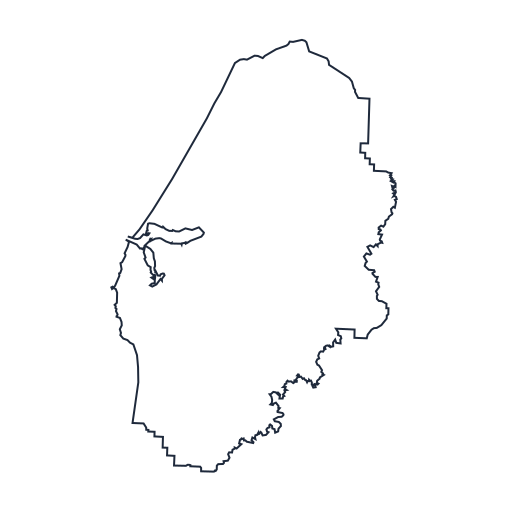 outline of Ballina, New South Wales, Australia, rotated 173°
{"feature_id": "25037944B45717157651515", "entity_name": "Ballina", "entity_type": "district", "adm_level": 2, "iso_a3": "AUS", "parent_name": "Australia", "parent_adm1": "New South Wales", "projection": "robinson", "projection_center": [153.529, -28.853], "detail": "fine", "context": "isolated", "style": "outline", "palette": "slate", "viewbox_px": 512, "rotation_deg": 173, "n_neighbors": 0, "source": "geoboundaries", "source_scale": "gbopen_adm2", "svg_char_len": 6079}
<svg xmlns="http://www.w3.org/2000/svg" viewBox="0 0 512 512"><g transform="rotate(173 256 256)"><path d="M212.8,118.5L213.2,121.7L210.6,120.9L209.6,121.7L211.1,122.7L210.5,124.7L207.8,126.5L207.4,127.7L203.2,129.7L204.4,130.5L203.8,131.3L205.3,133.0L204.4,134.6L206.8,139.6L208.3,140.6L209.2,143.6L207.8,145.9L205.8,146.6L206.4,149.4L204.7,152.5L203.3,153.4L201.0,152.9L199.6,154.9L198.4,155.1L198.5,156.1L199.7,156.2L199.5,157.1L197.3,158.4L195.8,158.5L193.8,156.9L193.7,157.9L192.3,156.7L190.4,156.9L190.0,160.8L187.6,163.4L186.9,160.0L182.7,158.9L182.5,162.8L181.4,163.8L181.6,166.0L184.2,167.6L183.6,170.2L185.5,174.1L167.1,171.0L168.3,162.8L156.1,160.8L154.7,164.4L150.3,168.8L147.8,170.0L144.9,169.9L140.0,172.1L133.9,178.0L133.4,181.1L131.8,181.9L130.9,188.0L133.0,188.3L132.3,192.7L136.6,195.8L139.5,196.4L141.2,198.7L140.9,201.6L140.0,202.7L141.2,206.4L137.5,210.3L138.1,213.1L137.6,214.6L140.0,215.9L137.8,220.4L140.0,220.7L142.5,224.1L142.5,224.9L140.1,225.9L140.5,227.5L145.8,228.6L149.3,232.9L148.1,235.7L146.6,236.9L149.0,242.3L146.1,245.1L142.7,243.4L141.2,244.2L144.3,251.5L141.4,252.6L138.2,250.5L135.6,252.9L134.1,251.0L133.9,252.8L130.3,254.1L129.1,253.7L129.4,255.2L131.0,256.2L131.1,257.4L128.3,261.9L131.9,262.8L131.3,264.6L128.9,266.2L129.3,267.2L130.9,267.7L130.8,269.3L128.1,270.9L126.0,269.6L123.9,271.8L123.3,275.2L120.2,276.8L119.3,278.9L115.8,280.9L115.4,281.8L116.1,282.8L116.3,286.1L113.7,288.1L112.3,287.0L110.4,292.7L111.3,294.8L109.4,295.3L109.8,297.6L111.4,298.8L112.3,298.5L111.0,300.1L112.2,301.4L110.9,301.8L110.3,301.0L109.4,302.3L109.6,304.1L111.5,304.0L112.5,305.5L110.5,307.1L112.3,307.3L112.5,308.9L111.1,308.1L110.1,308.8L109.1,307.8L108.6,311.1L109.9,312.4L109.5,313.4L110.5,313.5L110.9,312.4L113.1,314.0L110.9,315.5L112.5,316.3L111.8,317.2L113.2,317.9L112.0,319.4L113.1,319.8L111.4,321.7L114.6,322.7L116.5,324.1L128.6,326.2L127.6,332.5L132.0,333.2L131.1,338.9L135.8,339.7L135.0,345.1L139.9,346.0L138.4,355.1L131.0,354.1L124.2,398.3L135.3,400.4L137.7,406.8L137.4,408.8L138.5,410.6L139.5,417.4L141.8,421.3L160.2,436.8L160.2,440.4L161.5,443.4L178.3,452.6L179.9,462.0L181.3,463.7L184.1,464.9L193.1,464.0L196.4,464.7L198.0,462.4L200.1,461.1L210.9,458.7L222.9,453.5L225.2,451.6L229.7,454.3L233.0,455.0L241.0,452.0L244.1,452.9L247.9,452.8L253.4,450.1L270.7,423.0L278.7,412.6L288.0,398.6L329.9,342.6L353.1,313.9L368.4,296.6L376.5,289.2L380.9,291.0L374.1,287.9L371.5,287.3L368.9,287.9L365.1,291.2L361.9,289.7L360.4,290.0L359.1,291.5L360.1,291.8L361.6,290.2L362.4,291.8L361.3,294.5L360.4,294.6L360.6,296.7L359.2,301.2L357.8,301.5L352.9,300.3L345.7,295.8L344.9,295.6L344.6,296.3L342.5,293.7L339.0,291.5L336.0,291.1L335.4,291.9L332.7,290.3L329.3,289.7L322.7,292.0L316.3,289.6L309.2,291.4L304.9,285.6L305.4,284.3L307.9,281.9L319.2,279.1L322.2,277.6L323.2,277.9L322.9,277.3L324.3,276.8L324.5,277.7L328.0,277.6L328.4,276.4L328.7,277.3L338.4,278.7L338.2,279.3L338.9,279.0L343.6,281.4L348.2,285.0L349.8,285.5L353.7,285.5L358.5,283.9L359.1,284.4L365.0,280.0L360.0,275.9L357.5,271.8L357.7,266.2L357.0,263.0L357.4,258.3L358.4,256.6L358.4,254.2L357.7,253.0L358.2,251.1L357.3,252.8L355.8,248.6L353.7,248.1L352.8,249.5L350.6,250.0L349.6,249.7L349.1,248.0L352.2,244.8L352.4,243.0L353.6,244.8L358.3,239.9L362.7,238.3L364.8,239.8L362.9,241.2L359.8,241.5L359.4,244.4L360.6,245.8L359.9,246.3L361.1,246.1L362.4,247.3L361.3,247.6L358.9,246.3L358.3,249.0L358.6,249.4L359.3,249.6L359.7,249.6L358.8,249.3L359.3,248.4L362.5,252.4L362.0,253.2L362.4,255.1L361.9,257.8L364.6,259.9L367.1,266.8L365.8,267.9L367.0,273.3L365.3,278.1L366.0,278.4L367.9,276.6L369.2,277.7L370.2,277.5L373.0,281.9L383.3,288.1L380.4,285.7L380.5,285.1L382.4,280.5L386.1,274.7L385.4,273.0L385.7,271.8L389.6,266.2L391.4,265.4L391.0,259.3L392.8,255.7L394.0,255.4L394.0,253.0L399.5,243.6L401.4,241.8L402.1,243.0L403.4,242.5L402.9,240.8L401.5,241.7L399.2,240.2L398.3,236.5L399.8,226.5L402.3,224.7L401.3,223.2L401.9,221.6L400.9,220.4L401.7,218.4L400.5,214.9L401.5,213.0L402.6,213.1L398.6,211.1L397.5,206.9L397.7,203.5L400.1,199.9L399.4,196.1L400.3,194.0L397.8,190.2L393.8,188.2L391.6,185.3L388.5,183.2L386.2,172.1L386.6,160.1L388.2,144.9L398.9,105.3L388.0,103.5L385.9,99.1L386.1,96.9L384.0,96.5L384.3,94.9L378.1,93.9L378.8,89.3L370.4,87.8L372.0,77.2L367.4,76.5L368.6,68.9L361.3,67.6L362.9,58.0L351.1,56.3L349.3,57.1L347.5,56.8L346.6,56.4L346.8,55.3L337.1,53.7L336.3,52.4L336.7,49.0L324.0,47.1L322.8,48.1L322.2,47.6L321.0,48.9L320.4,52.7L318.9,54.0L314.1,53.6L313.0,54.6L313.2,56.3L308.9,56.3L306.9,59.0L307.8,62.7L306.6,64.4L303.7,63.9L302.9,66.6L300.6,67.4L300.5,68.5L298.7,67.3L293.5,71.0L295.6,72.0L294.3,75.5L292.4,76.0L293.3,77.2L291.8,76.1L290.5,76.4L290.4,74.4L289.0,74.3L287.8,72.8L281.6,70.7L281.2,71.5L282.9,73.7L281.7,76.3L278.9,74.3L279.1,76.3L278.4,78.2L276.8,78.2L275.5,80.0L275.6,78.8L274.4,79.1L273.1,80.9L272.3,80.2L271.3,77.1L267.9,77.2L265.1,79.6L266.4,80.3L266.8,82.6L265.5,83.9L263.5,84.3L263.4,86.4L262.5,87.1L260.8,85.4L260.8,82.8L258.7,81.9L258.5,78.3L255.4,79.2L254.7,81.9L252.0,84.2L251.9,86.4L253.6,88.5L257.5,89.7L258.2,91.7L253.6,93.5L250.1,93.3L248.3,94.6L248.0,95.5L248.8,96.9L253.6,98.5L253.6,99.5L251.0,102.1L252.4,102.6L251.9,104.3L254.1,108.0L256.3,107.4L257.4,106.0L259.8,106.9L258.2,108.2L257.5,111.1L257.8,114.4L259.3,117.1L258.0,117.1L255.4,119.0L253.1,118.3L251.4,116.3L251.6,117.8L250.8,117.8L249.0,115.4L250.1,111.7L246.9,111.3L246.2,113.3L245.0,113.6L246.1,115.2L243.7,117.3L244.1,119.0L241.9,119.2L243.6,120.5L242.6,122.3L245.0,122.6L243.6,123.6L243.0,125.3L241.4,125.7L241.1,127.3L239.9,128.4L239.0,127.4L236.5,127.3L234.5,125.3L233.6,125.8L233.0,127.9L232.1,127.8L231.9,126.3L230.9,126.2L230.7,127.3L231.7,128.1L229.5,130.6L228.4,130.6L228.6,132.1L229.7,132.4L228.7,133.4L228.0,133.1L227.6,130.7L226.1,130.8L224.6,128.3L223.3,128.8L222.4,127.0L221.4,126.6L220.7,124.5L220.0,125.6L218.7,125.3L218.4,126.7L217.5,125.5L216.6,125.6L216.0,123.6L216.3,121.8L214.3,120.9L215.8,120.2L215.2,118.4L212.8,118.5ZM359.0,284.8L357.9,285.4L358.3,284.1L357.6,284.5L357.8,285.7L358.7,286.1L359.3,285.3L359.0,284.8Z" fill="none" stroke="#1e293b" stroke-width="2"/></g></svg>